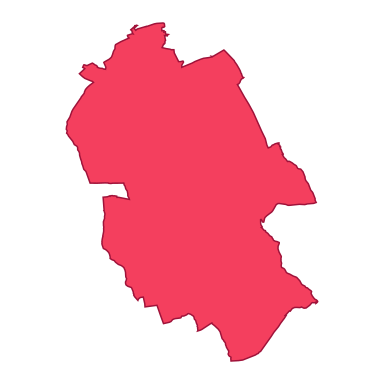 outline of Susani, Vâlcea, Romania
{"feature_id": "2599482B57845502750026", "entity_name": "Susani", "entity_type": "district", "adm_level": 2, "iso_a3": "ROU", "parent_name": "Romania", "parent_adm1": "Vâlcea", "projection": "natural_earth1", "projection_center": [24.105, 44.597], "detail": "fine", "context": "isolated", "style": "filled", "palette": "rose", "viewbox_px": 384, "rotation_deg": 0, "n_neighbors": 0, "source": "geoboundaries", "source_scale": "gbopen_adm2", "svg_char_len": 5912}
<svg xmlns="http://www.w3.org/2000/svg" viewBox="0 0 384 384"><path d="M317.5,302.0L317.7,301.4L317.3,300.8L316.5,300.0L314.9,299.2L314.1,298.4L312.2,295.8L311.1,293.5L311.1,293.0L311.6,291.7L311.3,291.1L310.9,290.7L308.8,289.2L307.4,287.9L306.2,287.6L305.6,287.2L304.9,286.1L302.3,284.8L301.5,284.0L299.8,280.8L296.8,277.5L296.1,277.1L293.3,276.1L289.7,274.1L287.3,273.2L286.2,272.2L285.3,270.3L284.5,269.1L283.7,268.4L281.7,267.5L281.4,266.9L281.2,265.3L281.6,263.2L280.9,260.8L281.1,259.9L280.9,259.0L281.3,256.7L281.1,256.0L279.1,252.2L278.0,248.8L278.1,246.2L279.2,243.5L279.2,242.5L276.9,241.5L275.4,241.3L273.7,240.4L273.3,239.9L272.9,238.8L272.3,238.2L272.0,237.2L271.5,236.7L270.0,235.9L269.1,235.0L268.0,233.5L265.6,231.7L265.4,230.6L264.4,230.4L264.0,230.2L262.0,227.9L261.6,227.6L261.4,227.5L262.2,226.9L260.9,224.7L260.7,223.9L260.6,221.4L260.6,219.6L261.0,219.4L261.5,219.9L262.8,222.1L263.2,222.2L263.8,222.0L264.6,218.4L265.0,217.5L266.8,215.7L271.7,212.0L272.9,210.5L276.2,204.7L277.8,203.6L279.3,203.5L285.7,204.4L288.0,205.3L289.7,205.3L299.4,204.3L304.8,204.6L307.4,203.9L313.6,203.4L316.2,202.5L315.1,200.2L315.1,198.5L314.9,198.1L312.9,192.9L312.2,191.8L310.9,190.4L310.5,189.5L308.3,183.7L305.7,180.4L304.9,177.7L305.1,177.2L305.0,176.9L303.0,171.8L300.7,169.1L298.6,168.8L297.6,168.3L296.4,165.9L295.6,165.2L294.4,164.6L292.1,162.8L289.6,161.4L288.8,161.2L287.9,161.6L287.4,161.3L285.7,159.0L284.1,157.6L282.3,154.4L283.2,154.2L283.1,153.8L282.1,152.3L281.1,149.4L280.5,149.0L280.4,148.7L280.6,146.9L279.7,146.6L279.9,145.7L279.8,145.4L278.4,144.2L278.9,143.8L279.0,143.2L278.0,143.5L278.0,143.0L275.1,143.8L273.2,144.9L272.3,145.1L270.8,146.9L268.2,147.9L266.9,145.1L265.3,138.7L261.6,131.1L253.4,112.7L248.6,103.9L244.5,97.2L237.4,84.5L238.7,83.9L239.9,82.4L240.4,80.9L241.2,79.4L241.8,78.8L243.0,78.3L243.7,77.5L242.7,77.2L241.9,75.3L241.5,73.8L240.9,72.9L240.4,71.2L239.3,69.0L236.8,64.7L234.6,61.6L234.2,60.6L225.2,51.2L223.9,50.0L213.3,56.2L212.0,56.5L211.6,56.4L212.0,56.9L208.7,57.6L203.5,58.3L200.5,59.3L195.0,61.5L192.3,63.0L181.8,67.3L181.8,65.1L183.5,62.2L183.3,61.3L182.6,61.1L180.7,61.6L178.5,61.6L178.2,60.7L174.3,53.0L173.9,49.7L171.3,49.7L170.0,49.2L166.1,48.6L162.1,47.6L163.4,44.6L163.7,44.5L163.9,43.9L164.4,43.9L164.8,43.5L165.0,42.7L164.8,42.1L165.0,41.2L165.5,40.6L165.5,40.1L165.0,37.9L164.8,36.0L164.6,35.6L167.3,35.9L167.5,35.1L168.3,34.5L165.6,34.1L165.4,31.8L163.9,32.1L164.0,30.7L161.8,30.7L161.8,28.3L162.1,27.5L162.9,27.2L163.7,27.4L164.7,26.5L164.4,23.9L163.9,23.2L163.0,23.0L156.7,23.4L154.2,23.9L147.2,26.3L146.2,26.6L146.2,26.4L137.3,29.0L135.7,30.3L134.3,28.6L134.3,28.4L135.2,27.2L136.1,26.6L136.4,26.0L137.3,25.5L136.7,25.2L135.2,25.7L134.8,25.7L134.8,26.2L131.1,29.5L130.8,29.6L130.7,29.8L131.5,30.4L132.1,31.2L132.1,32.2L133.0,33.8L132.7,33.7L132.1,33.8L127.5,35.3L127.4,35.6L127.9,36.9L129.0,38.0L120.8,41.7L115.6,44.6L115.2,45.6L115.0,47.2L115.0,48.7L113.5,51.3L112.4,54.9L111.5,57.0L110.8,57.8L109.2,59.2L104.1,62.1L103.8,62.5L105.8,67.0L105.9,68.1L105.4,68.4L105.1,68.9L105.3,69.3L103.9,69.2L102.5,68.4L99.8,68.2L97.8,67.5L97.3,67.2L97.4,66.4L96.0,65.2L95.3,65.1L93.3,63.6L92.3,63.1L87.0,65.6L84.2,64.8L83.9,64.8L83.6,65.2L82.7,67.4L83.9,68.0L84.8,68.7L79.4,73.7L82.5,76.6L84.9,78.4L90.9,80.9L92.3,81.3L93.5,82.4L89.6,85.3L87.3,87.4L85.5,89.5L84.5,91.8L84.2,93.3L81.2,97.0L81.1,97.5L73.3,108.8L71.9,111.3L69.9,117.0L67.0,121.8L67.3,124.6L66.6,126.4L66.3,129.2L66.4,129.6L67.0,130.3L67.2,131.0L66.6,133.2L67.6,134.2L68.5,136.0L72.8,141.4L74.3,144.6L76.8,146.1L77.6,147.3L77.7,149.9L78.7,151.2L79.5,153.0L79.6,155.2L80.7,159.1L81.6,161.6L81.9,163.6L82.8,165.9L83.6,168.7L83.9,169.4L85.8,171.3L86.2,172.1L90.1,183.1L96.8,183.2L105.1,182.9L108.4,183.0L108.7,183.3L110.9,183.5L112.7,183.2L123.8,183.1L124.1,184.8L125.1,186.3L125.7,188.7L126.3,189.7L127.2,190.9L127.8,193.8L127.8,195.5L128.0,196.3L129.0,198.0L129.4,199.4L118.5,197.3L117.0,197.4L116.8,196.2L114.4,195.8L113.2,195.9L112.6,195.6L110.8,195.7L110.1,196.3L109.7,195.9L107.4,196.8L103.1,197.2L104.1,210.1L103.8,210.4L104.1,210.9L104.9,213.6L104.9,214.5L104.5,216.6L104.6,218.3L103.4,221.8L103.5,225.6L103.8,227.1L103.6,228.5L103.7,229.9L103.6,231.7L102.8,236.0L102.9,236.6L102.7,236.9L102.2,239.2L101.9,242.0L102.1,242.6L101.9,243.6L102.1,244.7L103.4,248.5L105.3,249.4L106.6,250.3L108.7,252.5L109.4,254.0L110.0,256.1L110.2,257.3L110.1,258.5L111.9,259.7L114.3,260.6L115.5,262.2L118.3,264.4L121.4,265.6L123.6,267.3L124.2,268.0L124.2,268.5L124.9,269.8L125.5,272.2L125.8,276.9L126.6,278.7L126.2,280.4L125.5,282.0L125.6,283.7L125.9,284.5L126.2,285.1L127.9,286.3L131.3,287.5L131.7,288.1L133.3,292.0L133.3,293.2L133.9,294.2L133.7,295.1L134.7,296.8L137.9,300.4L138.3,299.3L139.4,298.1L140.7,297.4L143.3,297.1L144.8,303.8L145.0,306.9L157.0,305.3L160.3,314.8L163.5,323.6L169.3,322.3L171.0,321.5L172.5,319.7L173.6,319.1L175.3,318.6L180.1,318.0L180.8,317.8L181.1,317.4L181.3,316.8L181.9,316.1L183.9,316.0L186.7,314.8L187.7,313.8L188.6,313.6L190.7,314.3L193.5,316.2L194.1,317.5L194.3,318.9L194.6,319.4L195.6,320.3L196.7,324.0L197.0,324.2L197.4,325.2L197.2,326.5L197.7,327.5L197.6,328.2L197.9,330.3L197.6,331.0L200.5,330.1L201.9,329.4L210.4,323.8L211.9,323.0L212.2,323.8L214.7,325.8L218.3,329.2L220.1,331.8L222.1,338.6L223.6,340.3L223.9,341.1L225.1,342.5L225.4,343.1L225.6,344.9L226.1,345.9L226.4,347.1L228.0,350.0L228.6,350.6L228.7,352.4L228.2,353.7L228.2,354.3L228.8,355.5L229.4,356.2L230.9,357.1L231.0,357.6L230.8,358.6L231.0,361.0L238.5,360.6L242.8,360.0L255.4,355.0L257.2,353.8L257.8,353.7L258.6,353.1L258.7,352.6L259.0,352.3L260.6,351.4L271.1,336.6L273.8,332.4L278.5,326.6L280.5,323.4L284.4,318.2L286.1,315.5L285.3,315.4L289.4,310.9L290.2,311.2L292.3,308.5L294.5,307.5L296.7,307.4L299.7,307.6L300.7,307.4L301.4,307.0L304.0,308.2L306.1,308.0L309.8,305.2L311.5,303.2L312.3,302.6L314.4,302.8L315.9,302.1L315.9,303.4L316.5,303.0L317.5,302.0Z" fill="#f43f5e" stroke="#9f1239" stroke-width="1.5"/></svg>